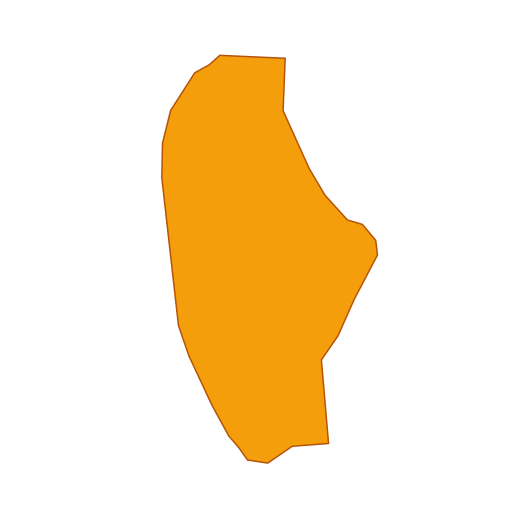 Borovnica, Natural Earth projection, rotated 17°
{"feature_id": "SVN-937", "entity_name": "Borovnica", "entity_type": "Municipality", "adm_level": 1, "iso_a3": "SVN", "parent_name": "Slovenia", "parent_adm1": "", "projection": "natural_earth1", "projection_center": [14.381, 45.913], "detail": "fine", "context": "isolated", "style": "filled", "palette": "amber", "viewbox_px": 512, "rotation_deg": 17, "n_neighbors": 0, "source": "natural_earth", "source_scale": "10m", "svg_char_len": 490}
<svg xmlns="http://www.w3.org/2000/svg" viewBox="0 0 512 512"><g transform="rotate(17 256 256)"><path d="M307.6,453.6L295.0,443.9L282.6,436.1L257.8,411.9L221.1,371.2L202.2,345.2L143.0,208.6L133.6,175.4L131.8,141.8L143.9,98.6L155.4,86.8L162.7,74.7L226.1,58.4L239.4,109.1L281.2,156.7L304.2,177.7L332.8,194.8L348.5,194.7L365.9,206.0L371.9,219.5L362.7,268.1L357.7,308.6L348.9,336.2L380.2,414.1L346.2,427.4L327.8,450.6L307.6,453.6Z" fill="#f59e0b" stroke="#b45309" stroke-width="1.5"/></g></svg>